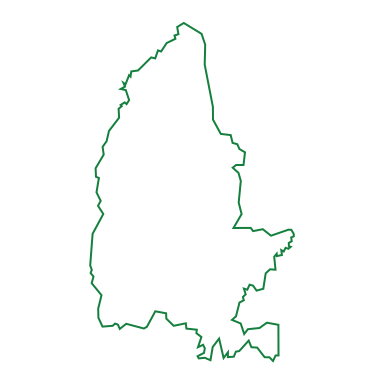 the district of Masi-Manimba, Bandundu, Democratic Republic of the Congo
{"feature_id": "63176286B37254158064276", "entity_name": "Masi-Manimba", "entity_type": "district", "adm_level": 2, "iso_a3": "COD", "parent_name": "Democratic Republic of the Congo", "parent_adm1": "Bandundu", "projection": "robinson", "projection_center": [18.055, -5.013], "detail": "medium", "context": "isolated", "style": "outline", "palette": "green", "viewbox_px": 384, "rotation_deg": 0, "n_neighbors": 0, "source": "geoboundaries", "source_scale": "gbopen_adm2", "svg_char_len": 1879}
<svg xmlns="http://www.w3.org/2000/svg" viewBox="0 0 384 384"><path d="M151.2,57.4L138.0,70.5L131.3,71.4L130.5,76.6L129.1,75.2L125.5,84.3L123.5,82.9L125.0,86.6L120.7,89.0L125.8,90.1L129.1,100.1L126.6,104.1L124.7,102.4L120.6,105.0L121.7,106.2L118.6,108.8L119.1,117.7L109.0,130.9L106.6,141.2L102.6,146.9L103.7,154.6L95.6,168.3L96.0,176.8L98.9,178.0L96.5,192.3L100.7,200.9L98.0,205.8L103.3,214.0L92.6,233.8L90.2,265.5L91.8,269.8L90.6,273.1L93.5,276.5L91.7,283.2L101.5,295.2L98.2,308.6L98.4,317.7L102.5,326.6L112.7,325.8L115.0,323.6L117.9,324.6L119.8,328.9L126.2,323.8L143.9,328.5L146.9,326.8L155.3,311.3L166.1,313.3L166.3,318.6L173.7,325.8L185.8,323.3L186.4,328.6L196.8,329.7L196.4,333.2L201.4,337.0L198.0,347.2L203.1,344.8L204.8,348.3L204.0,352.9L197.6,356.2L198.8,358.4L204.8,357.8L210.5,360.2L212.7,347.0L219.1,338.6L223.6,358.0L227.9,352.3L227.9,357.1L233.8,356.7L235.9,351.6L239.2,351.1L248.7,340.6L251.4,347.2L257.2,347.6L264.6,357.2L269.5,357.3L273.0,361.0L275.6,355.5L278.5,355.4L278.4,324.8L266.9,322.7L259.5,328.0L247.9,329.2L244.2,334.0L240.7,323.5L232.0,319.9L236.0,316.3L239.5,302.5L243.8,300.3L242.9,297.0L245.7,294.3L243.9,288.6L247.3,289.7L249.6,284.7L253.0,285.6L256.6,290.6L263.3,288.8L265.7,273.3L270.1,269.3L275.5,269.7L274.2,256.7L276.7,253.7L276.9,256.1L281.9,255.0L281.3,250.1L283.7,251.5L285.6,247.8L288.4,248.8L290.7,246.8L288.9,246.3L288.8,242.9L291.7,241.3L291.2,237.5L293.8,236.3L293.7,233.8L291.3,229.8L288.4,229.7L271.0,235.7L262.8,229.2L253.1,231.1L250.7,227.9L233.5,228.0L241.6,214.1L238.7,202.6L240.8,180.9L238.5,172.9L232.7,167.7L236.1,165.0L243.5,165.0L245.0,152.3L239.4,149.0L237.3,144.2L232.6,142.9L230.7,135.1L220.8,133.9L213.0,119.6L212.9,106.9L204.7,64.6L205.2,44.7L201.6,33.9L183.8,23.0L177.2,27.0L178.4,34.2L174.5,35.5L175.4,38.8L166.7,43.0L161.1,51.5L158.0,50.4L155.2,58.4L151.2,57.4Z" fill="none" stroke="#15803d" stroke-width="2"/></svg>